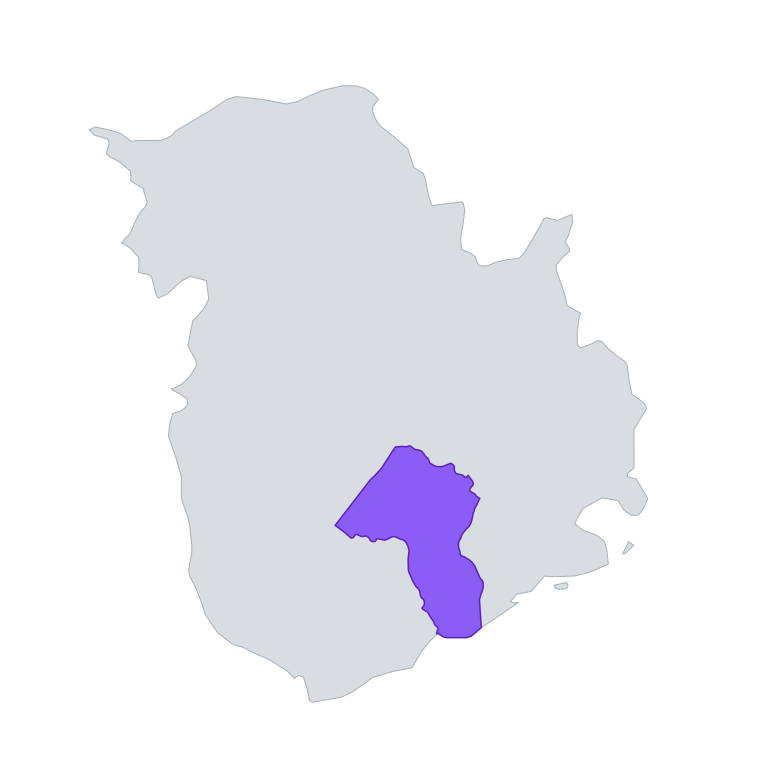 Pouthisat highlighted on a map of Cambodia, rotated 262°
{"feature_id": "KHM-1780", "entity_name": "Pouthisat", "entity_type": "Province", "adm_level": 1, "iso_a3": "KHM", "parent_name": "Cambodia", "parent_adm1": "", "projection": "orthographic", "projection_center": [103.597, 12.527], "detail": "fine", "context": "in_parent", "style": "filled", "palette": "violet", "viewbox_px": 768, "rotation_deg": 262, "n_neighbors": 0, "source": "natural_earth", "source_scale": "10m", "svg_char_len": 5530}
<svg xmlns="http://www.w3.org/2000/svg" viewBox="0 0 768 768"><g transform="rotate(262 384 384)"><path d="M676.8,127.4L678.7,133.9L674.1,146.3L669.1,157.6L659.6,167.6L659.3,174.8L656.3,196.4L657.7,203.2L660.0,209.1L663.2,212.2L672.0,233.1L679.9,252.2L687.7,267.8L689.2,277.7L682.7,303.1L674.9,326.3L675.8,337.9L679.5,349.4L683.4,364.8L685.1,384.5L683.2,397.3L679.7,405.4L672.8,413.7L666.8,417.9L659.4,411.1L653.5,410.9L645.7,413.1L639.6,416.4L627.2,428.5L613.4,440.4L594.2,443.6L586.8,452.4L578.8,453.7L563.6,454.3L553.6,456.4L554.1,460.8L553.5,481.4L553.8,486.2L552.2,487.5L545.4,488.2L533.6,485.2L517.7,480.2L506.5,479.5L500.8,488.6L497.3,492.1L493.1,492.7L488.6,494.3L487.1,498.3L486.8,503.3L489.1,511.9L490.0,525.5L489.5,534.8L493.7,540.6L518.0,560.1L525.2,565.0L526.1,567.9L521.9,578.7L525.8,593.7L518.2,593.5L505.5,587.2L499.4,583.3L492.1,586.5L489.5,585.9L484.5,578.5L478.0,571.0L471.3,570.6L457.2,573.7L442.8,575.9L437.3,575.9L435.1,577.3L426.7,588.6L423.2,586.7L408.6,582.5L395.3,580.9L392.6,583.8L394.3,593.0L397.2,602.0L395.5,605.8L388.3,610.6L378.7,619.1L372.8,625.8L368.7,627.4L354.0,627.2L339.3,628.1L333.5,634.4L328.0,639.3L323.3,640.6L304.1,625.2L266.1,619.9L261.9,613.1L258.3,611.8L254.8,620.6L233.9,629.2L225.2,624.0L218.8,617.8L219.7,610.2L225.8,604.0L236.1,599.5L240.9,583.9L233.0,563.9L226.1,558.0L218.8,553.4L211.2,560.9L204.7,573.6L198.0,580.1L188.5,581.6L174.5,581.1L169.1,562.0L167.4,545.7L169.3,527.1L171.4,516.1L158.1,500.8L157.4,486.4L150.9,478.9L149.0,482.6L149.2,486.8L147.4,483.8L126.4,441.2L122.9,421.5L126.6,406.3L128.7,401.3L122.7,393.3L114.2,384.1L99.1,372.2L98.2,353.4L94.9,331.2L90.5,323.7L83.6,310.0L79.9,298.7L78.8,268.7L80.8,266.3L91.4,265.5L105.1,263.4L107.3,258.6L104.9,254.6L113.6,247.9L126.2,233.1L135.9,217.6L142.9,207.8L147.1,198.1L161.2,184.4L180.6,174.9L193.7,172.7L207.4,169.5L220.5,164.9L226.7,164.5L243.0,170.0L251.8,171.4L261.1,171.4L270.6,171.9L279.0,171.3L298.9,167.4L320.1,170.4L339.0,167.9L362.3,163.3L373.8,166.1L384.3,170.6L385.8,179.7L388.3,183.8L391.8,187.0L396.4,187.0L402.4,180.6L407.3,174.0L408.9,172.8L409.2,176.0L411.7,183.1L416.2,190.1L420.8,194.7L428.3,200.8L433.2,201.0L449.2,195.1L473.2,203.4L476.1,207.6L483.9,216.1L492.4,222.3L511.1,222.5L517.6,207.2L514.3,198.0L503.4,182.0L500.4,172.5L503.8,170.8L521.8,168.8L524.7,166.9L528.6,156.4L533.5,157.5L543.5,158.8L554.0,151.5L560.2,144.0L563.6,147.3L567.4,152.6L571.6,155.6L579.2,160.0L587.7,166.3L593.0,172.5L597.2,174.8L607.9,172.9L610.7,173.2L616.8,165.5L621.1,161.3L624.9,162.5L630.3,162.3L641.3,152.5L647.5,143.6L651.0,141.1L661.0,145.4L665.0,144.4L670.6,132.2L676.8,127.4ZM162.0,536.9L160.0,538.1L158.0,538.0L156.0,536.3L156.2,529.4L157.7,525.2L161.1,524.5L162.0,536.9ZM193.8,604.3L189.5,608.9L182.7,599.4L182.7,596.7L193.8,604.3Z" fill="#d9dde1" stroke="#a8b0b8" stroke-width="1"/><path d="M129.7,446.6L128.1,444.7L122.2,435.4L121.3,430.7L124.0,411.2L124.6,409.0L125.8,406.7L128.8,404.1L129.8,402.4L129.7,401.4L132.5,402.5L132.9,402.9L133.1,403.0L133.4,403.2L133.9,403.3L134.4,403.4L135.1,403.3L135.9,402.9L138.0,401.1L138.9,400.6L140.0,400.4L141.2,400.2L142.9,399.5L145.1,398.3L151.3,395.7L152.2,395.2L153.5,393.5L155.8,390.9L156.2,390.7L156.9,390.6L157.1,390.8L157.8,391.5L159.4,392.9L160.7,393.4L161.4,393.5L162.2,393.6L163.1,393.6L164.3,393.4L165.1,393.1L165.6,392.8L165.9,392.5L166.3,391.8L166.8,391.5L167.8,391.1L170.0,390.6L173.3,390.6L174.6,390.3L176.7,389.2L179.3,387.3L184.4,385.2L194.1,382.5L196.5,382.2L207.7,383.6L215.7,385.7L219.8,385.2L223.2,384.1L225.1,383.1L226.2,382.1L227.0,381.2L228.0,378.9L228.1,378.7L228.4,378.1L230.8,374.4L231.5,372.5L231.6,372.0L231.6,371.6L230.8,368.5L230.1,366.9L229.4,363.8L229.3,362.9L231.6,356.4L231.6,356.0L231.7,355.8L231.6,355.4L231.4,355.1L231.3,354.8L231.0,354.6L230.1,354.3L229.6,353.6L229.3,352.5L229.5,350.8L229.9,349.8L230.5,349.1L230.9,348.8L233.2,347.8L234.0,347.4L234.7,346.8L235.7,345.6L236.0,344.7L236.1,343.7L235.9,342.8L235.9,342.0L236.1,340.6L236.7,339.5L238.6,336.6L238.9,335.4L238.6,334.4L238.0,333.9L237.2,333.4L236.8,332.9L236.2,332.1L235.9,330.9L236.1,330.0L236.6,329.4L237.1,328.8L241.8,325.1L250.8,316.0L291.1,357.2L295.3,363.0L301.0,369.9L320.1,386.4L319.7,391.3L319.8,392.5L318.9,396.7L318.8,398.3L319.3,400.4L319.1,401.1L318.6,401.9L315.4,405.0L314.8,406.0L313.7,409.2L313.1,410.7L312.8,411.1L312.3,411.8L311.4,412.5L309.3,413.8L308.7,414.1L308.3,414.2L307.5,414.4L306.5,415.1L304.6,416.8L304.0,417.2L303.5,417.5L300.0,418.2L299.3,418.5L299.0,418.6L298.7,419.0L295.4,423.6L294.8,425.3L294.1,430.2L296.2,439.2L294.3,441.2L293.6,441.8L292.6,442.2L290.6,441.7L289.7,441.7L287.1,442.0L286.1,442.4L285.1,443.5L284.6,444.5L283.3,448.2L282.7,449.2L280.4,451.5L280.1,452.2L280.2,452.8L281.6,454.3L281.8,454.6L281.4,454.9L275.2,458.2L274.0,458.5L272.6,458.5L271.9,458.3L271.2,457.8L269.7,455.8L269.1,455.2L268.3,454.7L267.5,454.3L266.8,454.1L266.0,454.5L265.1,455.3L263.3,457.6L262.2,458.8L261.2,459.4L260.7,459.5L260.1,459.9L259.7,460.2L257.3,462.9L256.0,461.9L251.6,459.2L249.1,457.1L248.0,456.5L244.4,454.9L244.1,454.6L242.1,453.8L240.2,453.2L236.9,452.0L235.0,451.1L232.5,449.5L231.5,448.7L230.6,447.7L228.7,444.9L224.0,440.2L223.7,440.0L220.9,438.7L220.2,438.3L218.9,437.1L218.1,436.5L217.3,436.1L214.1,435.2L211.2,435.2L208.0,435.8L204.9,435.8L203.9,436.2L202.8,437.3L201.4,439.8L198.0,443.9L195.7,446.0L191.1,448.6L180.2,451.6L178.3,452.2L175.3,454.1L173.9,454.5L172.0,454.4L169.8,454.1L166.9,453.1L164.0,451.8L161.6,450.4L157.1,448.5L131.5,446.6L129.7,446.6L129.7,446.6Z" fill="#8b5cf6" stroke="#5b21b6" stroke-width="1.5"/></g></svg>